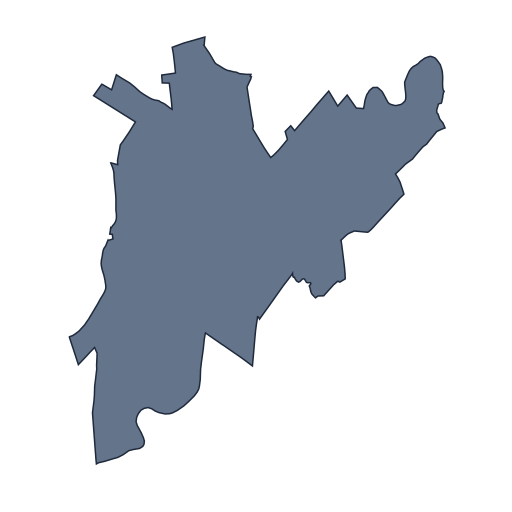 the district of Sabile, Talsi, Latvia, rotated 273°
{"feature_id": "27541924B84757460487549", "entity_name": "Sabile", "entity_type": "district", "adm_level": 2, "iso_a3": "LVA", "parent_name": "Latvia", "parent_adm1": "Talsi", "projection": "robinson", "projection_center": [22.575, 57.045], "detail": "fine", "context": "isolated", "style": "filled", "palette": "slate", "viewbox_px": 512, "rotation_deg": 273, "n_neighbors": 0, "source": "geoboundaries", "source_scale": "gbopen_adm2", "svg_char_len": 5646}
<svg xmlns="http://www.w3.org/2000/svg" viewBox="0 0 512 512"><g transform="rotate(273 256 256)"><path d="M240.2,293.2L240.4,293.3L240.6,293.4L238.6,293.6L237.0,294.2L236.9,294.5L236.7,294.7L236.7,295.1L236.8,295.4L234.6,296.7L233.1,297.9L232.1,299.9L232.9,301.3L235.5,303.7L235.7,304.2L235.5,305.6L232.3,307.8L232.0,309.0L232.2,311.8L231.5,312.2L230.5,312.0L229.2,310.8L228.4,310.9L227.3,311.5L224.4,312.3L223.2,312.6L220.8,313.9L217.3,317.6L219.3,320.0L219.3,320.5L219.4,321.3L219.8,325.7L231.3,335.0L235.1,339.0L234.3,341.1L237.8,346.3L243.4,345.8L249.8,344.9L270.2,341.3L273.2,340.7L276.2,340.2L276.3,340.0L276.9,340.7L277.9,341.7L280.5,344.1L282.6,346.3L283.9,348.4L284.9,350.5L285.3,351.3L286.1,352.8L285.6,364.7L285.6,366.4L285.8,366.7L286.0,367.0L287.0,368.1L288.1,369.2L289.1,370.1L290.1,371.0L300.0,379.1L309.8,387.3L315.7,392.0L321.5,396.8L323.5,398.7L325.5,400.5L328.0,399.6L337.3,396.0L339.2,394.9L341.9,393.3L345.2,391.0L348.6,394.2L352.1,397.4L355.5,400.4L361.0,407.2L364.2,409.5L367.1,411.7L370.8,414.6L373.9,417.1L376.6,420.5L380.5,423.2L389.8,430.0L392.8,435.7L393.8,438.1L398.5,435.8L402.3,432.4L407.4,430.3L408.4,429.2L411.1,428.8L417.0,430.2L417.3,430.3L417.4,430.5L417.5,430.6L417.6,430.9L417.7,431.0L417.9,431.5L418.0,432.2L418.2,432.9L418.9,433.3L423.8,434.1L424.4,434.2L425.9,434.2L429.1,434.7L430.1,435.3L431.9,434.1L434.3,433.6L437.8,433.3L444.6,433.1L449.9,432.4L452.8,431.5L456.7,430.0L458.9,428.3L461.1,426.5L462.9,424.7L463.8,422.8L464.5,420.1L464.2,418.4L463.4,416.4L462.3,414.0L460.6,412.0L458.9,409.8L456.7,408.0L454.9,405.6L453.5,403.2L451.4,401.1L448.7,399.4L445.4,398.1L440.6,396.4L439.1,395.9L437.6,395.4L436.5,395.4L434.6,395.6L431.7,396.0L427.3,396.8L424.2,397.2L420.9,397.3L418.6,396.7L416.7,395.0L416.2,394.4L415.1,393.3L413.8,389.0L413.5,387.3L413.9,385.1L414.4,382.9L415.1,381.2L416.0,380.0L418.0,378.7L422.9,375.8L426.1,373.8L427.3,372.8L428.1,371.7L429.2,370.5L430.7,368.4L430.4,364.1L428.4,361.8L427.0,360.5L425.2,359.6L423.1,358.3L419.8,357.3L416.4,356.6L412.4,356.2L408.9,355.7L408.9,354.9L408.9,353.6L409.0,348.4L421.5,338.6L410.0,329.8L411.0,329.1L424.5,320.0L419.7,316.2L416.1,313.4L410.4,308.9L408.0,307.1L403.8,304.0L393.5,295.9L386.3,290.4L383.2,288.0L387.9,283.9L381.9,278.6L374.0,281.3L369.3,277.9L363.0,273.1L360.4,270.8L357.8,268.5L355.1,265.5L363.9,258.9L370.5,254.4L383.0,246.0L385.3,246.5L389.8,245.6L396.2,244.0L403.5,242.5L413.9,240.3L424.2,238.2L428.4,239.8L432.5,241.5L433.2,241.6L434.0,241.7L434.7,242.0L435.1,240.9L437.1,241.5L436.9,236.4L437.0,235.2L437.1,232.7L437.3,229.8L438.5,226.9L438.7,224.3L439.0,223.2L439.0,222.4L439.5,220.8L439.5,220.7L439.5,220.0L439.7,219.0L439.9,217.7L440.4,216.5L440.9,215.2L441.9,213.2L444.0,209.5L445.2,207.1L445.8,206.0L446.5,205.3L447.0,204.7L448.3,203.9L450.5,202.4L451.1,202.1L451.7,201.6L452.1,201.4L455.6,199.1L463.8,192.8L464.1,193.2L472.0,193.5L465.1,173.3L460.7,163.0L460.0,161.4L453.2,163.0L452.3,163.1L447.3,164.0L441.8,164.9L434.5,166.0L433.2,159.7L431.8,152.4L428.9,152.7L426.6,153.0L423.9,153.3L424.1,160.3L423.9,160.4L422.3,160.7L421.3,160.8L419.2,161.2L416.9,161.6L414.6,162.0L412.2,162.4L409.9,162.8L407.7,163.2L406.1,163.4L404.3,163.7L402.8,163.9L399.0,164.4L398.1,164.5L398.5,163.7L399.3,162.3L402.1,158.3L402.7,157.4L403.9,155.0L404.8,152.6L406.0,150.8L406.5,146.6L407.1,144.3L408.3,141.4L410.3,137.7L411.6,135.3L412.4,134.0L413.8,131.7L416.0,128.9L418.6,125.8L422.2,120.8L426.2,113.2L428.5,109.1L429.7,107.1L428.7,106.8L414.4,103.1L419.2,93.8L419.5,93.0L407.6,85.4L407.2,86.2L383.6,128.6L373.3,123.0L363.7,117.2L359.9,114.7L344.2,112.7L340.0,113.1L340.6,110.0L341.3,106.9L341.4,106.5L341.4,106.1L340.0,106.7L337.0,108.1L333.9,109.2L330.9,109.8L326.8,110.2L322.2,110.8L311.8,112.4L306.2,113.1L294.4,113.7L292.0,114.1L290.4,114.4L286.8,114.6L285.1,114.5L282.5,113.7L280.8,112.8L279.4,111.7L278.2,110.9L276.0,109.7L276.4,109.4L273.3,109.1L270.2,108.8L270.1,110.1L270.1,111.4L267.8,111.8L265.5,112.2L264.7,109.9L263.8,107.6L264.1,107.4L262.6,106.8L261.1,106.3L259.8,105.9L258.6,105.5L257.5,104.9L256.4,104.2L255.8,103.9L255.2,103.6L254.3,103.3L253.5,103.1L252.3,102.9L251.2,102.7L249.7,102.6L248.3,102.5L245.9,102.2L243.5,101.8L242.1,101.8L240.7,101.7L238.5,102.0L236.4,102.5L234.4,103.1L232.3,103.8L230.3,104.6L228.5,105.2L226.7,105.7L225.2,106.1L223.7,106.5L221.5,106.9L219.4,107.4L217.4,107.6L216.5,107.7L215.6,107.6L213.5,107.1L210.4,105.8L205.3,103.0L201.4,101.1L200.3,100.6L199.3,100.1L194.0,97.3L188.7,94.5L186.5,93.3L184.3,92.2L181.3,90.3L178.3,88.5L175.0,85.8L171.7,83.1L170.0,81.1L168.4,79.1L167.1,77.3L166.3,75.7L166.0,74.8L165.6,73.9L165.2,73.9L164.8,74.0L151.5,79.2L138.2,84.3L144.9,90.0L151.6,95.6L153.9,97.6L156.2,99.6L150.6,102.4L145.8,102.5L139.1,102.5L136.6,102.7L134.2,102.9L132.3,102.7L130.5,102.6L127.5,102.4L124.3,102.2L117.6,101.7L109.2,101.9L103.1,101.8L90.9,100.9L68.8,103.7L43.9,106.9L40.0,107.5L41.3,109.6L42.9,115.2L46.4,124.9L47.7,128.7L50.7,133.8L54.9,139.1L56.3,143.4L57.7,149.8L59.9,152.9L62.1,154.0L65.4,154.2L68.8,153.0L73.5,150.6L80.5,146.3L84.2,144.9L88.8,145.3L92.3,146.7L95.9,149.1L98.0,152.2L99.0,156.2L98.0,159.8L95.9,163.4L94.5,167.4L93.5,173.5L94.0,178.1L94.9,180.7L97.6,185.4L102.4,191.6L107.4,196.6L113.2,201.8L117.1,204.4L120.2,205.8L123.1,206.3L129.7,206.8L139.8,206.6L147.6,207.1L160.2,208.2L169.9,208.7L176.0,209.4L176.5,209.6L175.5,211.2L175.3,211.5L165.7,227.0L165.2,228.0L152.7,248.2L152.6,248.3L146.0,258.2L159.8,258.7L174.8,259.2L181.8,259.5L189.1,260.1L193.3,260.6L195.4,260.7L195.0,261.8L193.1,262.8L207.8,272.2L214.6,276.5L226.8,284.2L227.9,284.9L234.8,289.7L237.2,291.3L239.5,292.9L239.9,293.0L240.2,293.2Z" fill="#64748b" stroke="#1e293b" stroke-width="1.5"/></g></svg>